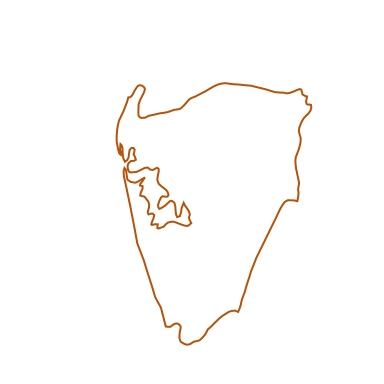 Ndougou, Ogooué-Maritime, Gabon, rotated 26°
{"feature_id": "22940354B74005862204828", "entity_name": "Ndougou", "entity_type": "district", "adm_level": 2, "iso_a3": "GAB", "parent_name": "Gabon", "parent_adm1": "Ogooué-Maritime", "projection": "equal_earth", "projection_center": [10.09, -2.451], "detail": "fine", "context": "isolated", "style": "outline", "palette": "amber", "viewbox_px": 384, "rotation_deg": 26, "n_neighbors": 0, "source": "geoboundaries", "source_scale": "gbopen_adm2", "svg_char_len": 3674}
<svg xmlns="http://www.w3.org/2000/svg" viewBox="0 0 384 384"><g transform="rotate(26 192 192)"><path d="M286.0,279.6L285.9,276.2L285.3,272.0L284.3,268.3L283.7,264.1L283.3,258.9L282.3,253.8L281.5,248.5L280.7,242.5L279.8,237.3L279.3,230.1L278.7,223.1L278.7,213.0L278.8,180.5L278.8,175.6L278.7,172.7L278.7,167.4L279.2,163.3L279.7,160.3L281.7,157.4L284.1,156.3L287.9,154.6L290.0,154.3L290.7,154.1L289.9,151.1L289.1,148.6L287.9,145.6L286.3,143.3L285.4,140.6L284.4,137.1L281.9,133.8L275.1,125.1L272.9,121.6L271.1,118.4L270.0,115.1L269.6,110.4L269.3,107.2L268.6,103.1L267.7,99.7L266.3,96.3L265.0,94.6L263.2,92.8L261.2,90.1L260.3,87.3L259.9,83.8L259.7,80.6L260.1,76.7L261.2,73.1L262.2,70.5L262.8,66.7L262.3,63.9L260.7,61.5L259.1,62.0L257.7,62.7L256.4,62.5L254.9,60.8L253.5,55.7L251.8,56.1L248.6,55.9L247.1,54.1L245.3,52.1L243.6,52.3L241.5,54.5L239.2,57.2L238.4,58.0L236.2,60.3L233.7,61.9L230.3,62.7L227.7,64.0L222.7,65.9L212.2,67.6L198.1,70.7L193.3,72.6L186.9,74.9L182.5,76.8L174.2,79.6L171.0,81.6L168.3,83.9L165.0,87.9L159.7,95.9L153.2,104.6L150.3,107.8L148.8,110.1L147.8,114.2L146.9,117.5L145.5,121.4L144.3,123.0L140.1,125.9L134.8,131.1L131.5,133.5L129.3,134.9L127.0,136.7L124.9,138.4L122.0,140.7L119.7,142.5L118.9,143.6L117.4,145.7L114.7,147.3L112.5,147.8L110.7,147.0L109.5,145.1L108.5,143.2L107.1,139.9L105.6,136.7L105.1,132.6L105.1,127.9L105.2,124.1L104.7,120.4L103.3,118.9L100.3,118.3L97.8,119.2L96.7,120.8L96.0,125.3L96.0,127.8L95.8,131.7L94.8,134.1L93.3,134.8L94.2,139.8L95.0,149.5L95.1,159.9L96.2,164.7L97.5,169.0L99.2,173.4L100.5,176.4L102.7,180.5L104.2,182.4L106.2,185.1L107.8,187.1L110.0,189.4L111.6,189.8L110.6,187.8L108.8,185.4L107.4,182.2L106.7,180.3L108.1,180.8L110.3,183.0L112.1,186.6L113.8,189.3L115.6,192.0L118.5,194.2L119.7,191.9L119.9,189.0L118.9,186.0L117.5,181.7L118.2,179.0L120.2,178.1L121.9,179.1L122.7,181.8L123.0,183.8L125.0,185.1L127.4,187.6L126.3,189.4L123.6,190.9L122.3,193.8L122.5,196.4L123.8,198.8L126.2,201.3L128.1,201.4L133.2,198.4L135.7,195.4L138.9,191.1L141.6,189.4L144.4,190.2L147.1,189.4L148.5,187.6L149.8,185.6L151.8,185.8L153.1,188.1L154.0,192.0L155.4,196.2L158.4,199.2L161.8,200.2L164.2,200.7L167.7,201.4L170.1,202.7L172.2,205.0L172.0,206.9L170.2,207.9L167.4,208.7L166.5,210.7L166.6,214.5L167.1,218.4L168.5,220.6L170.1,221.5L171.3,220.1L173.8,216.0L174.9,213.1L176.3,209.7L178.0,208.7L181.0,209.5L183.2,212.1L185.1,215.4L187.5,219.2L189.6,221.0L191.7,219.0L191.1,215.2L189.7,210.8L189.3,205.4L191.2,207.0L195.4,209.3L198.1,211.0L199.9,213.2L200.5,216.5L201.8,217.9L205.0,220.3L203.3,224.0L201.5,225.1L199.2,225.6L194.9,226.1L191.0,226.4L188.0,226.9L185.6,228.4L183.7,230.2L182.5,232.8L181.7,235.7L179.3,238.0L177.7,239.6L176.5,239.5L175.4,236.1L173.2,237.0L170.4,239.2L169.6,239.0L169.1,236.1L168.9,232.5L168.2,229.3L166.0,228.7L165.2,229.0L162.7,231.2L161.2,229.9L160.7,227.8L160.1,224.7L159.1,222.2L157.0,219.8L154.4,218.5L151.4,217.0L149.7,217.4L147.0,217.9L146.2,214.9L146.1,210.6L145.0,208.4L142.4,209.0L142.0,207.4L142.6,204.6L143.3,199.5L140.9,203.1L139.3,205.8L137.0,208.5L132.6,209.8L128.6,209.2L126.0,205.6L123.0,201.1L120.8,200.1L121.5,203.5L123.9,207.7L130.3,215.8L142.4,231.4L155.9,249.3L165.4,262.2L178.7,274.6L184.9,281.3L196.6,293.5L205.0,302.6L214.9,309.7L227.4,324.4L229.7,323.6L231.6,322.7L232.7,320.5L234.0,318.2L235.9,316.8L237.9,316.6L240.1,317.3L241.3,318.7L242.2,322.5L243.8,327.0L244.8,328.8L247.2,331.4L248.8,331.7L252.3,331.9L254.8,331.3L257.0,329.5L258.3,327.3L259.4,325.6L261.0,324.4L263.0,322.8L264.1,321.3L265.3,318.2L266.3,313.9L266.5,308.5L268.1,304.8L269.9,299.3L271.9,293.8L273.7,289.9L275.9,286.4L277.9,283.2L279.9,281.5L282.5,279.8L286.0,279.6Z" fill="none" stroke="#b45309" stroke-width="2"/></g></svg>